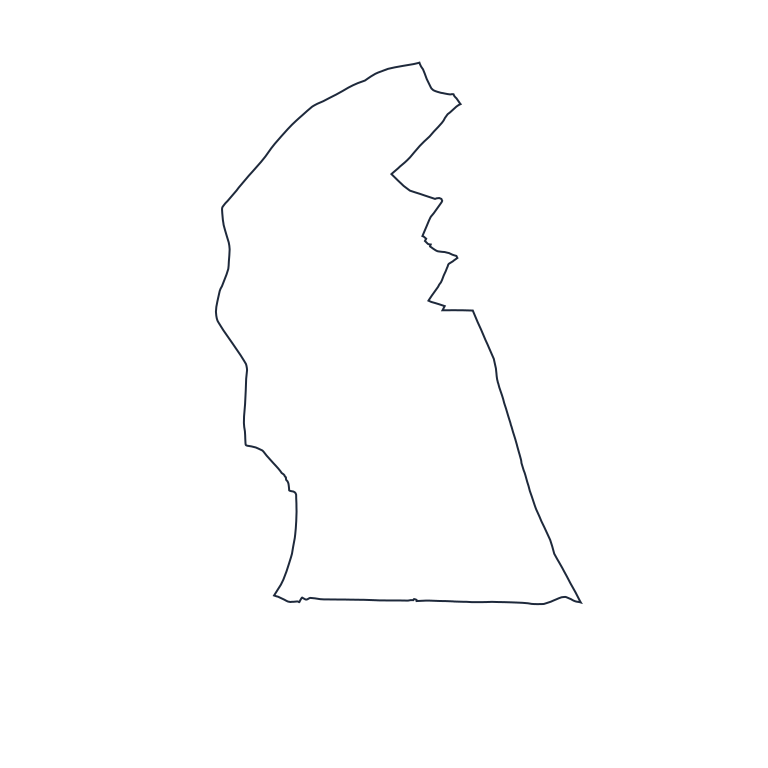 Thanh Binh, Ðong Tháp, Vietnam, rotated 64°
{"feature_id": "81297802B14212334557839", "entity_name": "Thanh Binh", "entity_type": "district", "adm_level": 2, "iso_a3": "VNM", "parent_name": "Vietnam", "parent_adm1": "Ðong Tháp", "projection": "albers", "projection_center": [105.482, 10.61], "detail": "fine", "context": "isolated", "style": "outline", "palette": "slate", "viewbox_px": 768, "rotation_deg": 64, "n_neighbors": 0, "source": "geoboundaries", "source_scale": "gbopen_adm2", "svg_char_len": 5829}
<svg xmlns="http://www.w3.org/2000/svg" viewBox="0 0 768 768"><g transform="rotate(64 384 384)"><path d="M525.9,575.5L527.7,573.7L528.7,572.5L531.7,570.1L534.2,568.1L536.2,566.7L537.5,565.6L538.6,564.1L539.0,563.5L539.4,562.2L540.2,560.5L541.4,557.3L541.8,556.7L542.1,556.4L542.8,556.0L542.9,555.9L542.9,555.7L542.6,555.3L541.2,553.4L540.3,551.9L540.1,551.5L540.1,551.2L541.0,550.6L543.0,549.2L543.5,548.7L543.8,548.1L543.9,547.5L543.9,546.7L543.8,545.4L543.8,544.7L543.9,544.2L544.2,543.6L546.4,540.0L549.4,535.7L551.1,532.7L555.1,524.7L557.7,519.5L560.5,513.8L562.4,510.1L567.3,500.4L569.2,496.6L572.6,490.2L574.9,485.9L576.0,483.9L578.7,478.5L582.2,471.5L582.7,470.4L585.5,464.6L586.2,463.3L589.2,457.4L590.0,454.6L591.1,452.5L590.5,451.5L590.5,451.3L590.7,450.9L591.9,449.7L592.3,449.4L592.6,449.4L593.4,449.8L597.3,440.7L598.4,438.5L603.6,428.8L605.9,424.2L609.4,417.7L609.8,417.0L610.3,416.2L614.3,408.6L615.9,405.4L618.6,400.6L622.0,393.6L624.5,388.4L625.9,385.2L626.0,385.1L626.9,382.9L629.7,377.6L632.8,371.5L634.9,367.5L635.9,365.6L638.9,360.0L641.3,355.6L642.9,352.9L643.9,351.2L644.7,350.0L646.3,347.8L647.5,345.7L649.0,342.8L650.8,339.0L651.6,337.2L651.8,336.6L652.2,333.9L652.8,329.5L652.9,326.6L653.1,323.2L653.2,320.9L653.4,319.1L653.5,318.0L653.9,316.8L654.7,314.7L654.9,314.3L655.3,313.8L656.3,312.9L658.4,311.1L659.3,310.3L660.8,309.3L661.9,308.5L662.4,308.0L663.2,307.3L664.2,306.1L665.7,303.9L666.6,302.9L665.4,303.0L660.8,303.1L655.6,303.2L648.4,303.6L645.0,303.8L637.3,304.0L630.8,304.3L627.6,304.4L621.2,304.8L617.2,305.1L611.2,305.4L603.8,304.0L597.0,303.0L583.1,302.7L576.5,302.7L571.4,302.4L564.5,302.2L563.8,302.2L561.5,302.0L558.9,301.7L550.0,300.5L544.0,299.8L539.0,298.8L534.9,298.2L527.9,296.9L525.3,296.5L522.8,296.3L515.3,295.1L513.4,294.4L511.8,294.0L507.0,293.1L506.5,293.0L505.2,292.8L498.7,291.6L496.8,291.2L491.2,290.2L486.6,289.5L483.8,289.1L480.5,288.5L478.2,288.1L477.2,288.0L476.4,287.9L474.6,287.5L468.6,286.6L466.7,286.3L463.1,285.7L459.5,285.1L455.8,284.6L453.7,284.3L449.8,283.5L445.9,282.9L441.0,282.3L439.6,282.1L437.8,281.9L433.7,281.1L432.6,281.0L431.4,280.7L429.5,280.3L427.9,279.8L426.1,279.2L423.5,278.2L421.8,277.6L419.1,276.6L411.2,274.7L410.4,274.5L409.7,274.3L398.0,273.8L393.7,273.6L389.0,273.5L383.4,273.2L377.5,272.9L369.4,272.7L356.9,272.0L352.0,281.4L347.9,289.7L343.4,299.1L340.6,295.3L336.4,299.6L333.6,302.6L331.0,305.5L328.6,307.5L328.2,306.9L325.4,302.1L320.7,293.4L320.3,292.7L318.8,290.7L317.6,288.3L316.0,286.3L312.6,282.7L309.6,279.0L307.3,276.5L306.3,275.3L305.0,274.1L304.7,273.6L304.4,273.1L304.3,272.3L303.9,268.2L303.6,267.1L303.2,264.6L302.9,262.8L300.6,262.8L299.2,264.4L297.7,265.9L294.8,268.2L293.7,269.6L292.0,271.6L290.6,274.0L288.7,276.9L288.0,277.8L286.6,278.9L284.1,280.4L282.0,281.5L280.8,282.2L280.6,282.3L280.4,282.3L279.1,280.9L278.1,282.4L277.6,282.9L277.1,283.2L275.4,283.8L273.4,284.5L271.9,282.4L268.9,283.7L267.9,284.6L267.0,283.6L263.7,279.8L261.1,276.8L256.7,271.8L254.7,269.3L254.1,268.4L252.3,264.4L245.9,252.6L244.9,251.4L242.8,251.3L241.1,252.8L240.2,255.2L240.0,257.0L232.3,264.9L229.0,268.2L225.3,272.1L221.6,275.9L219.9,276.8L214.6,279.5L207.1,282.3L198.6,285.3L198.1,283.6L197.4,280.9L196.3,276.7L195.5,274.2L194.0,268.2L193.0,264.9L191.6,261.0L189.1,255.4L185.7,247.5L183.6,241.5L181.5,234.5L178.9,228.4L176.7,222.5L174.6,217.4L173.3,214.9L171.6,212.6L169.4,208.5L168.9,205.9L168.6,204.8L167.6,201.4L166.4,197.3L166.0,194.7L166.0,192.5L164.7,192.8L163.8,192.9L161.2,193.3L159.9,193.5L158.8,193.7L157.8,194.1L155.8,194.6L154.1,194.5L153.7,195.0L153.1,196.4L153.0,196.9L152.6,197.8L151.4,199.6L149.6,202.0L148.5,203.4L147.3,205.1L144.8,207.9L143.1,209.6L141.5,210.9L140.2,211.4L139.2,211.8L137.9,211.9L128.6,211.9L122.7,211.3L118.3,211.0L115.0,211.5L112.3,211.5L110.7,211.3L110.6,212.0L110.1,214.3L109.4,217.3L106.3,227.8L104.1,235.6L102.5,242.3L101.5,252.7L101.4,255.8L101.8,260.7L102.3,264.3L102.9,268.1L102.1,275.6L101.9,280.9L102.0,286.1L102.5,292.8L102.9,300.4L102.9,301.7L103.0,307.8L103.2,314.7L102.9,321.0L103.0,324.3L103.2,326.7L103.4,327.7L103.7,328.8L104.8,333.1L106.7,339.8L107.7,343.5L108.9,347.6L110.6,353.0L112.7,358.7L116.3,367.6L120.2,376.8L122.7,382.0L127.5,390.8L130.5,397.2L135.5,409.2L137.5,414.2L143.8,428.5L145.4,431.6L150.9,444.3L151.9,447.1L152.5,448.4L153.6,450.6L153.8,451.0L154.3,451.8L155.0,452.4L156.0,453.0L159.6,454.5L165.9,456.9L168.9,457.8L170.7,458.4L175.9,459.4L181.2,460.3L184.3,460.8L188.7,461.5L191.9,462.4L195.3,463.7L200.9,466.8L205.8,469.7L209.6,471.8L212.3,473.5L216.5,477.5L225.1,486.8L226.7,489.1L228.4,490.9L231.4,493.3L233.9,495.3L236.8,497.6L241.2,500.9L245.4,503.4L249.1,504.8L251.6,505.5L252.2,505.6L254.1,505.9L256.1,505.8L260.9,505.3L265.5,504.8L281.6,502.3L295.2,500.3L301.8,499.6L305.5,499.3L307.2,499.6L309.7,500.3L311.5,501.0L318.9,505.6L329.4,511.2L341.2,517.7L351.8,524.0L357.6,527.0L361.4,528.5L365.4,529.7L369.3,531.3L372.2,532.6L376.4,534.4L377.8,534.9L378.3,534.9L378.7,534.7L379.5,534.0L381.9,530.6L384.8,527.1L386.9,525.3L390.4,522.5L391.2,522.2L392.2,521.9L396.9,520.9L406.4,518.2L410.7,516.9L413.9,516.0L417.0,515.3L419.1,515.0L421.1,513.9L421.7,513.7L421.8,513.7L422.4,513.5L422.7,513.5L422.9,513.6L423.2,513.6L423.4,513.6L423.6,513.6L424.7,513.2L424.9,513.1L425.4,513.3L425.8,513.5L426.1,513.6L426.7,513.8L427.2,513.9L427.6,513.9L428.4,513.6L429.2,513.4L429.9,513.4L430.5,513.4L431.8,513.6L433.4,514.1L435.1,514.7L436.7,515.3L437.8,515.8L438.1,515.8L438.6,515.5L439.2,514.9L440.2,513.6L440.9,512.6L441.6,512.1L442.2,511.7L443.2,511.4L444.2,511.4L445.0,511.5L448.2,513.0L452.8,515.0L456.6,516.8L460.5,518.6L465.2,521.1L468.8,523.0L475.3,526.7L480.2,529.7L483.3,531.7L488.7,535.7L491.0,537.4L494.8,540.1L496.2,541.1L498.9,543.5L504.2,548.5L509.7,553.8L515.7,560.2L519.2,564.7L521.9,569.1L525.9,575.5Z" fill="none" stroke="#1e293b" stroke-width="2"/></g></svg>